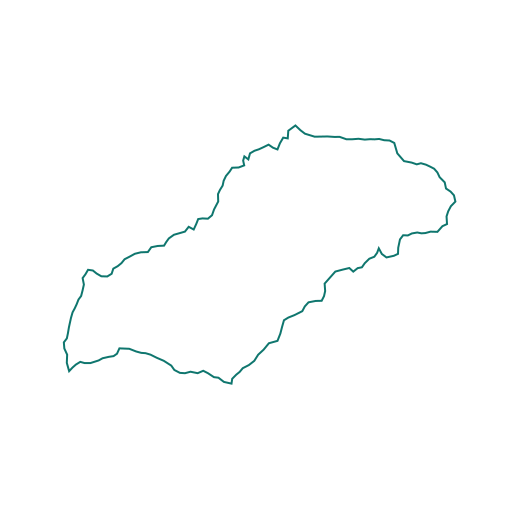 the district of Paulistânia, São Paulo, Brazil, rotated 169°
{"feature_id": "56859067B21120338583283", "entity_name": "Paulistânia", "entity_type": "district", "adm_level": 2, "iso_a3": "BRA", "parent_name": "Brazil", "parent_adm1": "São Paulo", "projection": "natural_earth1", "projection_center": [-49.301, -22.568], "detail": "fine", "context": "isolated", "style": "outline", "palette": "teal", "viewbox_px": 512, "rotation_deg": 169, "n_neighbors": 0, "source": "geoboundaries", "source_scale": "gbopen_adm2", "svg_char_len": 2407}
<svg xmlns="http://www.w3.org/2000/svg" viewBox="0 0 512 512"><g transform="rotate(169 256 256)"><path d="M461.4,178.6L457.4,181.5L453.5,183.8L448.7,185.6L444.7,183.6L438.9,182.5L430.4,183.5L426.1,184.9L419.8,185.1L414.9,184.9L411.1,186.6L407.7,191.4L398.1,189.1L391.8,185.1L387.1,182.8L383.0,181.7L378.4,179.3L372.8,175.0L366.5,170.7L360.1,164.6L357.9,159.7L353.0,155.8L348.1,154.5L342.4,154.9L335.6,152.1L329.7,153.4L325.5,150.1L320.4,145.1L316.1,143.7L311.5,138.5L304.4,135.4L302.8,140.0L298.0,143.3L294.2,145.3L290.4,148.4L283.8,150.3L277.7,153.4L272.7,158.7L266.4,162.6L260.0,167.9L251.1,168.6L246.9,175.2L243.9,181.5L240.8,187.6L236.0,189.4L229.7,190.6L221.1,193.0L217.7,197.2L213.3,200.5L206.0,200.5L200.1,199.5L196.9,203.6L194.8,208.4L193.9,215.8L181.1,225.6L173.4,226.1L166.7,226.4L163.5,222.1L158.5,224.7L154.2,224.7L150.6,228.2L145.3,231.7L140.0,232.7L136.5,236.0L134.0,240.1L132.1,234.0L128.2,229.7L120.6,229.9L116.2,231.0L114.8,237.0L111.5,244.8L107.6,248.3L103.0,247.2L98.7,248.4L93.2,248.3L89.3,246.7L85.4,246.2L80.1,246.6L73.3,245.1L67.3,249.7L62.4,250.9L61.4,258.5L58.8,263.2L55.2,267.7L49.9,271.4L50.1,277.8L52.7,282.1L56.6,286.0L56.7,292.3L60.7,298.3L62.0,303.4L64.5,307.7L67.9,310.4L71.7,313.2L76.4,315.6L80.7,315.3L85.4,318.0L92.6,320.9L97.7,329.8L98.7,340.6L102.9,343.9L108.1,345.2L112.8,347.4L117.3,347.9L121.7,348.9L127.0,349.5L133.0,351.5L139.8,352.3L144.9,353.3L151.2,357.0L156.2,357.9L163.0,359.7L175.6,361.9L179.9,364.2L184.6,366.7L188.4,371.0L192.4,376.6L200.4,372.8L202.4,365.4L206.7,367.0L211.0,362.1L214.6,356.5L218.7,359.1L222.4,362.9L227.9,361.4L232.8,360.2L237.4,359.6L242.3,357.9L245.1,352.3L248.4,356.0L250.4,352.1L250.3,347.2L256.2,346.2L262.6,347.2L265.8,343.9L270.2,340.3L273.4,336.0L275.3,331.5L278.8,327.7L281.5,324.0L282.7,316.7L288.3,309.7L291.4,304.4L296.1,301.8L301.3,303.1L305.7,303.3L308.5,298.9L312.1,293.9L316.5,297.5L321.1,293.5L325.6,293.1L332.5,292.5L338.2,289.9L341.4,286.9L344.3,283.7L350.5,284.6L357.1,284.6L361.4,280.5L368.3,281.6L374.5,281.3L380.1,279.5L385.6,277.9L389.4,274.7L393.7,272.4L398.5,270.8L401.1,266.1L405.9,264.3L411.7,265.6L415.8,269.2L418.9,272.9L423.5,274.5L427.0,270.5L430.4,267.4L430.4,260.8L432.9,255.1L435.3,250.1L438.5,247.2L441.3,242.8L444.0,239.1L446.8,235.7L449.5,230.4L453.2,221.8L455.5,215.7L457.4,211.2L461.1,207.9L461.8,201.8L460.2,195.2L462.1,187.2L461.4,178.6Z" fill="none" stroke="#0f766e" stroke-width="2"/></g></svg>